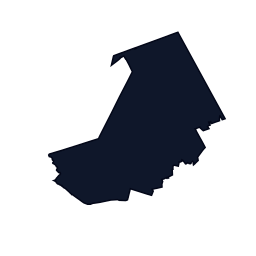 General Bravo, Nuevo León, Mexico, rotated 332°
{"feature_id": "50627088B41623803853756", "entity_name": "General Bravo", "entity_type": "district", "adm_level": 2, "iso_a3": "MEX", "parent_name": "Mexico", "parent_adm1": "Nuevo León", "projection": "mercator", "projection_center": [-99.014, 25.824], "detail": "fine", "context": "isolated", "style": "filled", "palette": "ink", "viewbox_px": 256, "rotation_deg": 332, "n_neighbors": 0, "source": "geoboundaries", "source_scale": "gbopen_adm2", "svg_char_len": 4604}
<svg xmlns="http://www.w3.org/2000/svg" viewBox="0 0 256 256"><g transform="rotate(332 128 128)"><path d="M46.3,114.1L46.1,114.3L45.7,114.4L45.5,114.5L45.3,114.6L45.1,115.4L45.1,115.6L45.1,115.8L45.2,116.0L45.1,116.4L45.2,116.5L45.4,116.6L45.7,116.7L45.9,116.9L46.0,117.0L46.3,117.5L46.4,117.8L46.6,118.1L46.7,118.4L46.8,118.6L46.8,119.0L46.8,119.4L46.8,119.6L46.8,119.8L46.7,120.0L46.4,120.2L46.3,120.6L46.3,120.8L46.5,121.3L46.8,121.7L47.0,122.0L46.9,122.2L46.9,122.3L46.4,122.8L46.1,123.0L45.5,123.3L45.4,123.4L45.3,123.5L45.2,123.5L45.1,123.8L45.1,124.0L45.3,124.3L45.4,124.5L45.6,124.6L45.7,124.8L45.8,124.9L46.3,125.9L46.4,126.2L46.6,126.6L46.7,126.9L46.7,127.1L46.7,127.4L46.7,127.8L46.7,128.0L46.6,128.5L46.7,128.8L47.0,129.0L47.3,129.3L47.3,129.5L47.2,129.8L47.0,130.1L46.9,130.3L46.0,130.9L45.8,131.0L45.6,131.1L45.3,131.4L45.1,131.6L45.1,131.8L45.2,132.3L45.3,132.8L45.6,133.1L45.6,133.4L45.7,134.0L45.7,134.3L45.7,134.5L45.8,134.7L45.9,134.8L46.0,134.9L46.2,135.0L46.3,135.2L46.4,135.3L46.5,135.3L46.8,135.4L47.0,135.4L47.2,135.5L47.1,136.3L47.0,136.5L46.8,136.6L46.7,136.6L46.6,136.9L46.6,137.0L46.4,137.1L46.2,137.3L45.9,137.3L45.7,137.3L45.4,137.3L45.0,137.4L44.9,137.4L44.6,137.5L44.0,137.7L43.6,137.9L43.0,138.1L42.9,138.2L42.7,138.3L42.4,138.4L42.2,138.5L41.7,138.6L41.2,138.8L40.6,139.2L40.3,139.3L40.0,139.5L39.7,139.6L39.3,139.7L39.0,139.7L37.9,139.6L38.1,139.8L38.2,140.0L38.3,140.2L38.6,140.6L38.7,140.9L38.8,141.1L39.1,141.1L39.3,141.0L39.3,141.3L39.3,141.5L39.3,141.9L39.3,142.1L39.1,142.6L39.2,142.8L39.3,143.0L39.4,143.4L39.4,143.6L39.5,144.0L39.6,144.3L39.9,144.5L40.0,144.6L40.3,144.8L40.5,145.2L40.6,145.3L40.7,145.6L40.8,145.8L41.2,146.3L41.3,146.4L41.4,146.5L41.6,146.7L42.0,147.5L42.6,147.8L42.3,148.2L42.8,149.2L43.0,149.8L43.2,150.2L43.4,150.8L43.5,151.0L43.8,151.3L44.1,151.5L46.2,157.3L46.4,158.2L47.0,159.8L47.0,160.1L47.3,160.0L47.6,160.6L50.6,166.7L51.1,167.6L52.8,171.2L54.0,173.5L54.4,173.9L56.3,176.1L56.6,176.4L56.8,176.5L58.9,177.6L59.1,177.7L59.3,177.7L60.8,177.9L61.0,177.9L61.4,177.9L63.5,178.7L67.7,180.2L68.3,180.4L75.2,182.4L77.1,183.0L78.7,183.4L79.6,183.8L79.9,183.9L80.5,184.2L82.7,185.2L84.9,186.2L85.1,186.3L85.4,186.5L86.2,187.6L86.3,187.7L91.8,190.9L92.0,191.0L93.8,191.2L95.0,189.9L95.6,189.3L96.8,187.9L97.0,187.7L97.9,186.7L99.2,185.2L99.3,185.2L100.5,183.8L101.6,182.7L102.7,183.9L109.6,190.9L109.7,191.0L113.8,195.2L116.0,197.3L116.9,198.3L117.2,198.5L120.6,195.6L120.6,194.5L120.5,193.4L123.5,194.2L124.7,194.6L130.3,196.1L131.4,193.8L131.6,193.4L132.3,192.7L133.5,191.5L133.6,190.1L133.6,189.2L133.8,189.2L134.3,189.4L134.6,189.5L135.0,189.6L135.4,189.7L135.5,189.7L135.6,189.8L136.1,189.8L136.6,189.8L136.9,189.8L137.3,189.8L137.9,189.8L138.1,189.8L138.5,190.4L138.8,189.9L139.5,190.4L139.5,190.8L139.7,191.0L140.3,191.2L140.5,190.2L145.2,190.3L147.6,185.3L147.7,185.2L148.5,185.4L148.6,184.7L149.9,182.7L150.0,182.6L151.2,182.4L154.5,185.3L155.2,184.4L156.1,183.4L157.2,182.0L157.9,182.5L159.9,182.7L160.7,181.4L161.2,182.1L161.9,186.3L162.0,187.3L162.0,187.1L162.3,187.0L162.4,186.9L162.7,186.8L162.8,186.8L163.0,186.8L163.6,186.9L164.1,186.6L164.4,186.5L164.5,186.6L165.0,187.4L165.3,188.2L165.6,188.2L165.7,188.3L165.8,188.3L166.0,188.4L166.1,188.5L166.5,188.9L167.1,188.7L167.1,188.2L169.4,187.6L169.9,189.3L169.1,189.6L168.5,191.3L170.4,190.9L171.1,190.6L174.0,189.8L174.0,189.7L174.3,189.7L174.7,189.6L175.8,186.4L183.3,182.8L184.3,182.4L184.7,182.2L186.5,181.6L187.0,181.4L187.0,174.6L186.9,173.6L187.0,173.5L186.9,170.7L186.9,170.4L186.9,169.8L186.8,163.8L186.9,161.1L187.0,160.8L186.9,160.4L187.1,160.5L187.6,160.5L187.6,160.4L189.4,160.6L189.5,160.6L191.6,160.9L191.8,160.9L191.8,162.1L192.2,162.9L192.6,164.2L192.6,164.3L193.1,165.3L193.2,165.7L194.0,165.8L197.8,166.4L199.2,166.6L199.0,163.9L201.4,163.7L201.5,163.9L201.6,164.0L201.9,164.0L202.1,162.9L201.7,161.4L202.0,161.2L202.0,160.6L202.3,160.6L202.3,161.0L202.2,161.1L202.7,161.8L203.0,161.7L203.1,162.0L203.7,161.4L204.0,161.3L204.0,163.3L207.9,163.8L211.3,164.4L212.2,164.5L212.2,164.3L212.3,164.1L212.6,163.6L213.8,161.7L214.9,160.2L215.2,159.7L215.1,160.3L215.1,164.9L216.8,165.2L218.1,165.4L217.7,132.6L217.0,69.1L217.0,66.9L215.1,66.6L187.3,62.8L172.6,60.7L172.8,61.6L171.0,61.4L171.2,60.5L157.5,58.6L153.1,58.0L149.3,57.5L148.5,58.2L147.6,59.3L146.1,61.0L142.8,64.8L150.3,63.6L153.6,62.9L153.7,62.4L154.9,62.5L154.9,62.2L155.9,62.5L158.1,62.4L158.3,66.0L158.6,66.0L158.6,72.5L158.3,80.4L150.4,86.0L135.3,96.4L120.9,106.7L98.9,122.1L97.0,123.6L96.4,123.5L88.2,122.0L59.2,116.7L46.9,114.2L46.3,114.1Z" fill="#0f172a" stroke="#020617" stroke-width="1.5"/></g></svg>